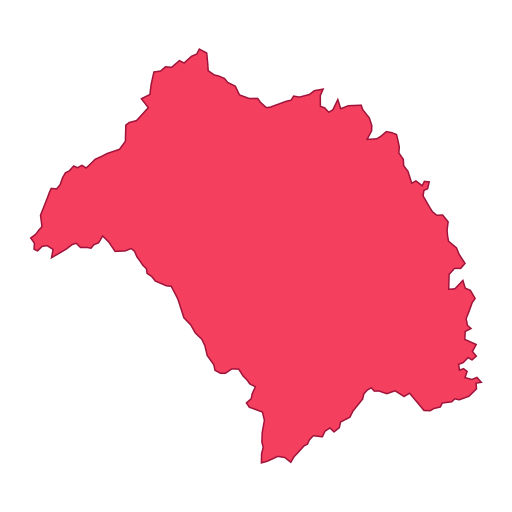 the district of Pontão, Rio Grande do Sul, Brazil
{"feature_id": "56859067B45504754555875", "entity_name": "Pontão", "entity_type": "district", "adm_level": 2, "iso_a3": "BRA", "parent_name": "Brazil", "parent_adm1": "Rio Grande do Sul", "projection": "natural_earth1", "projection_center": [-52.639, -28.041], "detail": "fine", "context": "isolated", "style": "filled", "palette": "rose", "viewbox_px": 512, "rotation_deg": 0, "n_neighbors": 0, "source": "geoboundaries", "source_scale": "gbopen_adm2", "svg_char_len": 2924}
<svg xmlns="http://www.w3.org/2000/svg" viewBox="0 0 512 512"><path d="M290.8,462.3L294.1,456.7L299.6,450.8L304.0,445.9L307.5,444.1L309.3,440.0L313.3,435.7L322.3,436.8L325.0,431.2L329.9,428.0L334.0,431.9L339.3,427.7L340.6,422.0L349.9,417.2L353.0,411.0L362.6,399.1L363.9,393.8L367.4,390.0L371.3,387.8L374.3,391.1L378.9,391.0L386.8,393.7L395.0,390.8L399.9,393.8L404.0,396.5L409.6,393.2L424.0,410.5L430.2,410.7L433.9,408.5L440.3,407.0L442.3,403.0L451.7,401.8L454.9,398.8L459.2,399.8L468.9,396.3L476.5,388.9L476.1,383.1L481.3,382.3L476.9,377.4L472.0,379.5L465.0,377.6L467.1,371.4L463.6,368.7L459.5,370.1L458.6,364.4L463.2,362.6L468.1,357.6L472.0,359.9L476.3,356.1L472.4,351.5L476.2,344.5L464.8,339.4L465.2,331.5L471.0,328.5L467.5,325.5L466.1,318.7L468.9,311.8L472.2,302.6L475.1,298.5L470.4,290.4L465.2,288.1L462.9,280.4L454.9,288.8L448.7,289.3L449.1,274.4L454.5,268.4L460.7,268.4L465.0,263.4L459.1,254.3L456.5,247.9L448.5,241.2L447.5,235.3L447.1,230.0L448.1,221.8L442.6,215.0L436.8,215.3L432.5,211.8L429.4,206.9L423.1,195.9L423.9,190.4L427.6,188.7L429.2,181.9L424.4,181.4L422.2,185.7L415.9,180.9L411.7,183.2L408.0,171.4L403.7,165.7L403.3,159.3L398.9,153.0L399.3,147.0L398.1,141.1L396.5,134.5L391.5,132.6L386.3,131.6L381.0,136.2L376.7,138.8L372.4,139.1L367.1,139.4L371.6,130.8L371.8,125.6L369.3,117.9L366.0,113.8L362.7,109.6L361.2,105.2L348.5,105.7L340.7,108.7L337.8,99.6L335.1,105.2L332.8,109.9L328.7,112.2L324.5,107.7L320.4,106.4L320.3,95.6L323.1,89.1L314.3,90.7L309.4,94.5L299.5,97.1L293.6,96.1L291.1,100.2L286.5,101.2L274.1,105.7L270.3,107.2L266.3,107.6L260.3,102.2L257.7,98.4L249.2,98.5L239.5,94.9L235.3,86.2L227.6,82.4L224.5,78.5L218.7,76.0L214.3,75.0L208.2,70.7L207.7,63.3L206.7,53.0L199.3,49.1L196.8,54.0L191.5,56.3L184.1,63.0L179.4,60.6L171.7,67.3L165.5,66.8L160.6,71.0L153.9,72.0L151.1,84.7L149.9,94.5L141.4,98.7L148.3,107.7L136.5,120.6L129.2,122.5L125.8,125.1L125.4,141.3L119.5,149.3L107.4,153.4L100.9,156.7L95.1,159.3L91.0,163.5L86.1,168.0L81.9,165.3L77.6,167.7L73.7,166.0L69.1,171.0L65.4,172.8L62.6,177.7L60.1,184.7L56.6,188.9L51.2,188.4L49.2,192.9L47.6,197.3L40.5,215.3L42.0,226.6L39.1,229.8L35.8,234.2L30.7,238.0L34.4,243.2L34.0,249.2L37.6,250.9L42.2,246.3L47.2,245.7L53.1,249.5L51.5,257.7L66.1,249.2L72.3,244.5L76.2,243.3L80.5,247.5L87.3,247.5L91.0,248.2L93.9,244.7L98.6,242.8L102.7,236.0L108.9,242.2L115.1,251.4L125.2,250.9L131.2,248.5L134.5,251.2L137.0,257.0L140.0,261.0L142.9,265.4L146.4,268.7L147.1,273.4L151.6,276.4L155.4,281.1L166.4,285.8L171.3,286.3L177.9,299.1L183.9,317.8L190.8,325.0L195.5,333.2L201.8,339.2L204.9,345.7L207.2,355.5L213.8,364.7L215.0,370.3L220.5,373.3L225.3,373.3L231.9,368.9L238.7,369.1L243.1,376.0L247.3,380.3L249.7,383.8L255.4,386.8L252.1,394.0L251.3,398.6L246.4,402.9L249.3,407.2L262.4,412.0L264.4,420.2L262.2,432.7L261.9,442.1L263.2,447.3L261.6,453.6L261.4,462.9L267.1,461.3L273.1,458.6L277.7,456.4L284.8,457.5L290.8,462.3Z" fill="#f43f5e" stroke="#9f1239" stroke-width="1.5"/></svg>